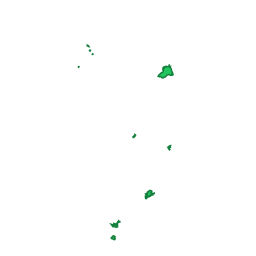 outline of Unincorporated Vic, Victoria, Australia, rotated 152°
{"feature_id": "25037944B89965825243629", "entity_name": "Unincorporated Vic", "entity_type": "district", "adm_level": 2, "iso_a3": "AUS", "parent_name": "Australia", "parent_adm1": "Victoria", "projection": "natural_earth1", "projection_center": [146.416, -37.998], "detail": "fine", "context": "isolated", "style": "filled", "palette": "green", "viewbox_px": 256, "rotation_deg": 152, "n_neighbors": 0, "source": "geoboundaries", "source_scale": "gbopen_adm2", "svg_char_len": 4970}
<svg xmlns="http://www.w3.org/2000/svg" viewBox="0 0 256 256"><g transform="rotate(152 128 128)"><path d="M62.1,159.9L62.1,160.5L62.3,161.2L62.3,161.7L62.2,161.9L61.9,162.0L62.0,162.0L61.9,162.1L62.1,162.1L62.3,162.2L62.3,162.7L62.2,162.9L62.1,163.2L61.9,163.5L61.6,163.6L61.8,163.6L61.9,164.0L62.0,164.2L62.3,163.9L62.6,163.7L62.4,163.1L62.2,163.0L62.7,163.2L63.0,163.0L63.8,163.3L64.1,163.5L64.5,163.5L65.0,163.9L65.0,164.2L65.0,164.3L65.4,164.3L65.7,164.6L65.8,164.5L66.0,164.3L66.3,164.4L66.6,164.6L66.8,164.8L67.0,165.0L67.3,165.0L67.4,164.5L67.6,164.3L67.7,164.1L67.8,163.9L68.2,163.8L68.5,163.7L68.7,163.8L68.8,164.1L69.0,164.2L69.4,163.9L69.3,163.4L69.9,163.1L69.9,162.9L69.7,162.5L69.7,162.2L70.7,161.2L71.3,160.9L72.1,161.1L72.7,160.9L73.0,160.9L73.5,161.0L73.7,160.7L74.2,160.6L75.3,160.6L75.7,160.2L76.5,159.9L76.9,159.6L77.1,159.5L76.4,158.7L76.2,158.4L75.9,158.4L75.1,157.9L74.7,157.3L74.6,156.8L74.2,156.2L73.8,155.8L73.5,155.7L73.0,155.9L72.0,155.9L71.0,155.6L70.2,155.8L69.4,156.2L69.1,156.3L68.5,156.4L67.6,156.2L67.2,156.1L66.9,156.1L66.3,155.6L66.1,155.0L65.8,154.6L65.1,154.4L64.7,154.1L64.0,153.8L63.7,153.8L63.2,153.9L63.1,154.0L63.0,154.3L63.1,154.6L63.1,154.8L62.9,155.5L63.1,155.5L62.9,155.5L62.9,155.8L63.2,155.9L63.4,155.7L63.6,155.7L63.6,155.9L63.6,156.0L63.6,155.9L63.6,155.7L63.3,155.9L63.0,155.9L63.0,156.0L62.9,156.3L62.7,156.9L62.6,158.0L62.4,159.0L62.1,159.9ZM137.1,57.5L137.0,57.8L136.9,57.8L136.5,57.9L136.2,57.8L135.6,57.8L135.4,58.2L136.1,58.2L136.4,58.4L136.8,58.4L136.8,58.6L137.3,58.9L137.5,58.9L137.6,58.6L137.8,58.8L138.0,58.8L138.3,58.9L138.2,59.5L137.9,59.8L138.0,60.3L136.9,60.5L136.6,61.1L137.0,61.7L137.8,62.6L140.9,62.3L141.1,62.0L140.9,61.5L141.0,61.4L141.4,61.5L141.5,61.2L141.8,61.0L142.1,61.2L142.4,61.5L142.5,61.5L142.4,61.3L142.5,61.3L142.9,61.3L143.2,61.4L143.1,61.1L143.2,60.9L142.8,60.8L143.0,60.7L142.7,60.5L143.0,60.4L142.9,60.1L143.4,60.2L143.1,59.8L143.7,59.9L143.7,59.6L143.5,59.3L143.9,59.2L144.2,59.3L144.4,59.2L144.5,59.3L144.6,59.2L144.9,59.2L145.0,58.7L144.3,58.5L144.5,58.3L144.9,58.1L144.7,57.9L145.0,57.7L145.1,57.8L145.1,57.6L145.4,57.6L145.5,57.4L145.3,57.2L145.1,57.1L144.9,57.3L144.7,57.2L144.6,57.4L144.4,57.5L144.5,57.7L144.2,57.7L144.2,57.9L143.9,57.6L143.7,57.8L143.6,57.7L143.2,57.9L142.9,57.8L143.3,58.5L143.3,58.8L143.2,58.9L142.8,58.5L142.7,58.7L142.4,58.7L142.4,58.3L142.0,58.2L141.9,58.0L141.7,57.8L141.8,57.7L141.7,57.5L141.4,57.6L141.1,57.8L140.8,57.6L140.6,57.4L140.3,57.4L140.0,57.3L139.9,57.4L140.0,57.7L140.1,57.8L140.0,58.1L139.9,58.2L139.7,58.2L139.6,58.3L139.5,58.2L139.3,58.2L139.0,58.0L138.9,58.0L138.8,57.9L138.6,57.7L138.5,57.9L138.1,58.0L137.8,57.8L137.4,57.3L137.1,57.5ZM179.3,48.8L179.2,48.9L179.3,49.0L179.2,49.4L180.0,50.2L180.0,50.5L182.0,49.3L183.2,49.1L183.3,48.9L183.5,48.7L183.8,48.7L183.9,48.8L184.0,48.7L183.9,48.6L183.9,48.3L184.3,47.9L184.7,48.0L184.6,48.9L184.4,49.4L184.8,49.8L185.0,49.9L185.1,50.1L185.2,49.9L185.5,49.6L186.0,49.6L186.1,49.9L186.3,49.8L187.0,49.9L187.7,50.2L187.9,50.7L188.1,50.9L187.9,49.6L187.7,49.5L187.7,49.2L187.5,48.8L187.2,48.7L187.3,48.4L187.6,48.4L187.8,48.2L187.5,47.8L187.1,47.8L186.8,47.6L186.7,47.7L186.8,48.1L186.5,48.1L186.2,48.4L185.8,46.8L185.0,45.7L184.6,45.8L184.3,45.7L184.0,45.7L184.1,45.8L184.0,46.0L183.8,46.1L183.6,46.3L183.4,46.7L183.1,46.8L181.6,49.3L180.5,49.3L179.3,48.8ZM193.9,39.2L194.4,38.6L194.2,38.5L194.3,38.1L194.1,37.8L193.6,37.7L193.2,36.8L193.2,36.6L192.8,36.1L192.2,35.7L192.1,35.8L192.1,36.2L191.7,36.2L191.7,36.3L191.3,36.3L191.3,36.6L191.5,36.8L191.1,37.3L191.0,37.6L191.1,37.8L191.1,38.0L191.4,38.0L191.5,38.2L191.4,38.1L190.9,38.3L191.1,38.6L190.8,38.4L190.6,38.4L190.7,38.6L191.3,39.6L192.1,39.6L192.4,39.6L193.1,39.1L193.9,39.2ZM98.8,92.5L99.0,92.6L99.5,92.2L100.1,92.6L100.5,92.6L101.0,92.4L101.6,92.0L101.8,92.1L101.7,91.6L101.6,91.4L101.5,91.2L101.4,91.1L101.6,91.0L101.5,90.9L101.9,91.1L102.0,91.0L101.9,90.5L101.6,90.3L101.5,89.9L101.7,89.7L101.7,89.3L101.4,89.4L101.1,89.4L101.1,89.8L101.1,90.2L101.3,90.2L101.4,90.6L101.0,91.0L101.2,92.0L100.9,92.2L100.8,91.9L100.5,91.4L100.2,91.3L99.8,91.7L99.5,91.3L99.4,91.5L99.5,91.9L99.2,92.1L99.2,92.3L98.8,92.5ZM124.7,118.3L124.8,118.7L125.0,119.0L125.1,118.8L125.3,118.6L127.8,117.8L127.7,117.5L127.8,117.1L127.4,117.0L126.0,117.3L125.5,117.6L125.0,118.9L124.9,118.7L124.8,118.3L124.7,118.3ZM124.7,219.5L124.8,219.5L124.9,219.9L124.9,220.1L125.1,220.3L125.4,219.5L125.0,219.3L124.9,219.1L124.7,219.2L124.5,218.8L124.4,218.2L124.2,218.1L124.3,218.8L124.3,219.2L124.4,219.3L124.7,219.3L124.7,219.5ZM125.2,213.8L125.3,213.9L125.1,214.1L125.5,214.3L125.4,214.5L125.2,214.6L125.4,214.7L125.6,214.6L125.6,214.4L125.6,214.1L125.4,213.7L125.2,213.8ZM124.2,209.7L124.3,210.0L124.9,209.7L124.7,209.5L124.3,209.6L124.2,209.7ZM143.2,205.0L143.1,204.8L142.6,205.2L142.8,205.3L142.9,205.2L143.0,205.3L143.2,205.2L143.2,205.0ZM68.1,164.7L68.3,164.9L68.5,164.8L68.4,164.7L68.4,164.3L68.1,164.7Z" fill="#22c55e" stroke="#15803d" stroke-width="1.5"/></g></svg>